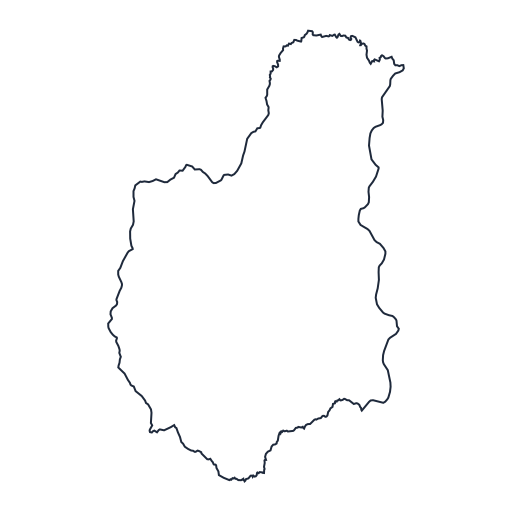 the district of Anzá, Antioquia, Colombia
{"feature_id": "7082276B98317886135707", "entity_name": "Anzá", "entity_type": "district", "adm_level": 2, "iso_a3": "COL", "parent_name": "Colombia", "parent_adm1": "Antioquia", "projection": "equal_earth", "projection_center": [-75.914, 6.314], "detail": "fine", "context": "isolated", "style": "outline", "palette": "slate", "viewbox_px": 512, "rotation_deg": 0, "n_neighbors": 0, "source": "geoboundaries", "source_scale": "gbopen_adm2", "svg_char_len": 5971}
<svg xmlns="http://www.w3.org/2000/svg" viewBox="0 0 512 512"><path d="M403.3,65.1L401.4,65.2L399.4,66.1L397.2,65.2L395.4,65.3L394.2,63.9L393.7,60.3L392.3,58.6L391.6,56.8L387.9,58.3L385.7,58.5L385.1,58.2L383.5,56.2L382.0,55.3L381.0,56.1L380.7,57.3L379.6,57.8L379.8,59.7L379.0,61.3L374.6,59.4L373.8,60.4L374.0,61.4L372.2,61.1L370.7,63.8L369.8,62.7L369.0,60.7L367.0,57.7L366.5,54.7L367.0,50.6L366.5,48.6L366.5,46.4L365.3,45.7L364.4,43.9L363.5,43.5L361.9,43.8L360.8,45.2L360.3,45.2L361.0,43.0L360.3,40.7L360.0,40.6L359.9,42.0L358.4,42.4L357.5,41.7L355.4,37.3L352.3,35.9L351.1,36.1L350.5,37.5L351.3,39.0L350.8,39.9L350.2,40.1L348.9,39.5L348.0,37.9L346.4,37.5L345.3,35.7L343.5,35.5L342.0,36.1L340.7,35.9L339.4,33.9L338.5,34.6L337.6,37.0L336.9,37.7L336.2,37.1L334.8,34.6L334.3,34.6L332.3,35.9L329.8,35.1L329.4,36.0L328.7,36.4L326.2,35.9L322.1,37.0L321.4,36.3L320.7,34.6L316.4,35.5L313.3,35.2L312.7,34.5L312.8,32.2L312.1,31.2L308.1,30.7L307.4,32.5L306.5,33.8L304.8,35.1L304.3,36.7L303.8,37.3L301.6,38.0L301.3,41.1L301.0,41.6L297.1,40.6L296.1,40.0L294.3,39.9L293.3,42.3L291.6,43.0L290.8,44.1L289.0,43.6L287.9,45.7L286.9,45.3L285.6,46.4L283.6,46.4L283.0,48.5L283.1,50.1L280.7,52.9L279.1,55.5L278.9,56.8L279.8,59.9L279.7,60.9L277.9,60.7L277.2,61.0L277.1,62.1L278.1,64.7L278.1,66.4L276.7,67.3L274.8,66.2L273.2,65.9L272.7,66.2L272.6,67.1L273.2,68.8L273.1,69.9L271.9,71.4L270.6,71.5L270.6,73.7L269.8,74.9L270.1,76.4L269.9,77.5L270.7,78.5L270.5,79.6L269.5,80.9L269.9,83.1L269.8,84.4L269.3,85.9L267.2,89.5L267.2,94.8L266.7,96.2L265.5,97.8L266.5,101.0L267.1,104.5L268.5,106.9L268.6,107.8L268.3,110.2L268.8,113.2L268.3,115.0L262.8,122.3L261.1,125.2L260.3,127.6L259.8,128.0L257.3,128.3L255.4,131.4L253.5,131.8L251.3,133.1L247.2,138.8L244.5,151.5L243.1,155.5L241.3,163.4L237.2,170.8L234.3,174.1L231.5,175.6L228.1,174.5L224.2,174.9L223.6,175.4L221.4,179.8L220.8,180.4L215.9,183.0L213.6,183.1L212.2,182.2L207.6,176.0L205.2,173.5L202.8,171.9L201.0,169.8L199.5,169.2L194.8,169.5L192.2,166.5L186.8,164.8L186.1,165.2L185.4,166.9L182.6,170.7L179.5,170.5L177.8,172.6L175.6,174.0L174.0,177.7L170.4,179.6L167.3,182.1L164.4,182.2L156.0,179.3L152.7,181.0L149.0,182.1L144.5,181.4L141.8,181.9L140.3,181.6L135.3,185.4L134.6,188.4L133.5,191.1L133.5,196.9L134.5,200.9L132.9,209.2L133.7,221.4L133.0,224.8L130.8,228.5L130.1,231.4L130.2,238.6L131.4,245.8L132.6,248.2L132.7,249.1L128.8,251.2L127.6,252.7L122.9,261.1L120.3,267.9L118.2,270.9L118.2,274.5L118.8,276.7L121.4,282.2L122.0,284.1L121.9,285.6L121.3,287.8L119.7,290.8L116.5,299.1L116.4,300.0L117.2,302.1L117.0,304.1L116.1,305.5L112.5,308.2L110.7,311.4L110.5,314.3L111.9,317.9L111.9,319.0L108.2,323.5L108.3,326.8L108.6,328.1L110.7,332.1L112.8,334.7L114.7,336.4L116.8,337.5L116.9,338.3L116.1,340.7L116.3,342.0L118.4,346.0L119.5,349.3L119.7,350.7L119.3,352.9L120.8,356.8L119.9,359.3L119.5,362.8L118.6,365.5L118.3,367.5L124.6,373.6L127.9,379.9L129.9,382.8L130.5,384.6L131.4,385.5L133.8,386.5L135.6,391.1L141.8,396.1L145.1,400.6L146.0,403.0L148.1,404.4L151.0,409.4L151.5,412.8L150.9,423.0L152.2,425.4L149.8,429.7L149.6,430.8L150.0,432.1L151.8,432.5L153.0,431.2L154.3,430.6L157.0,432.3L158.7,430.1L159.8,429.4L164.1,430.3L170.7,427.2L174.2,425.1L175.2,427.3L176.4,428.0L177.9,432.3L180.0,437.0L181.3,442.0L183.1,443.7L184.8,446.7L188.0,448.9L191.1,450.5L193.2,450.8L194.6,451.8L195.6,451.8L197.6,450.6L198.9,451.0L201.2,452.2L201.5,453.5L207.2,459.2L208.6,459.4L210.3,458.8L211.8,461.1L212.8,462.2L213.5,464.0L214.1,464.6L215.5,464.6L216.1,465.3L216.5,468.0L218.4,471.4L218.9,475.1L223.7,477.8L229.3,480.1L229.7,480.1L230.4,479.3L231.3,479.7L232.5,478.2L233.4,478.5L234.6,477.7L235.4,478.8L236.5,478.8L238.3,480.1L241.1,480.2L243.3,478.8L243.5,480.1L244.2,480.2L244.6,481.3L245.3,480.7L246.0,479.1L248.4,478.4L250.6,475.7L252.3,475.6L252.7,476.8L253.5,475.7L254.5,476.6L255.8,476.3L256.7,475.1L257.0,473.0L257.4,472.5L258.6,473.2L259.7,472.1L262.3,472.4L262.5,472.8L264.0,473.0L264.2,469.7L264.6,469.0L264.0,466.9L264.7,463.0L264.5,460.4L265.0,459.9L266.0,459.9L265.1,456.9L265.9,453.9L267.8,451.7L270.5,450.4L271.6,446.5L273.2,444.7L275.2,444.4L276.6,443.5L276.7,442.2L277.8,440.6L278.6,435.7L279.6,432.8L280.1,432.3L280.6,433.3L281.4,431.4L282.2,431.9L283.2,430.6L284.7,431.3L286.8,430.7L287.9,431.5L293.1,430.9L294.0,430.3L295.8,427.9L297.7,427.6L298.3,426.9L301.3,427.5L302.7,426.8L303.3,428.0L304.1,428.6L305.0,426.4L306.1,424.9L307.8,424.1L310.1,424.0L314.4,419.7L315.5,419.3L316.3,419.6L318.3,418.5L320.8,418.1L322.3,416.2L323.1,415.8L324.2,415.9L325.3,416.8L326.4,416.6L327.4,415.5L328.2,411.9L329.5,410.4L330.4,408.4L332.5,406.9L333.0,403.9L334.9,403.3L335.0,401.9L335.4,401.2L336.7,401.6L337.4,400.4L338.2,400.4L339.4,399.2L340.4,400.4L340.9,400.4L342.6,399.9L344.1,398.8L344.8,398.9L347.1,400.2L349.1,400.3L353.8,404.0L356.3,403.2L357.6,403.5L359.3,404.8L360.2,407.0L361.1,408.0L361.3,409.8L361.8,410.6L369.1,401.8L370.6,400.5L373.0,400.2L383.3,402.8L385.2,401.7L387.3,399.3L388.3,397.7L390.0,391.9L390.6,386.8L390.4,382.6L387.8,370.2L383.8,364.1L383.1,362.3L382.8,360.2L383.1,355.1L384.1,351.0L388.4,339.5L390.0,337.8L396.0,333.9L398.3,330.6L398.8,328.8L397.0,326.2L396.5,320.8L396.0,319.5L394.1,317.3L392.5,316.0L388.9,315.2L384.5,313.6L383.0,312.5L379.2,307.9L377.0,304.3L375.7,297.8L376.1,294.5L377.7,288.3L378.9,279.9L378.6,272.1L378.8,267.3L379.6,265.6L381.8,263.3L384.0,259.5L385.4,253.8L385.4,251.4L383.5,248.0L379.9,243.8L376.6,242.1L374.5,240.1L369.5,230.9L367.6,229.1L360.6,225.0L358.4,221.5L358.4,218.9L358.8,215.1L359.8,210.6L360.8,208.9L363.5,208.2L364.8,207.4L367.9,204.2L368.8,202.3L369.1,197.1L368.5,191.8L368.8,187.7L369.4,186.4L372.9,181.8L376.0,176.6L378.6,168.6L378.6,167.4L375.6,164.8L371.5,159.4L369.0,145.6L369.6,138.0L370.4,133.4L371.8,130.4L373.7,128.0L375.5,126.8L380.2,125.1L381.6,124.3L383.0,122.8L383.2,120.1L382.4,116.7L382.7,110.7L381.7,99.1L382.0,97.3L389.8,86.1L390.2,84.3L390.4,80.2L390.8,78.8L393.1,75.7L395.2,73.5L399.5,72.2L402.7,70.4L403.8,68.3L403.3,65.1Z" fill="none" stroke="#1e293b" stroke-width="2"/></svg>